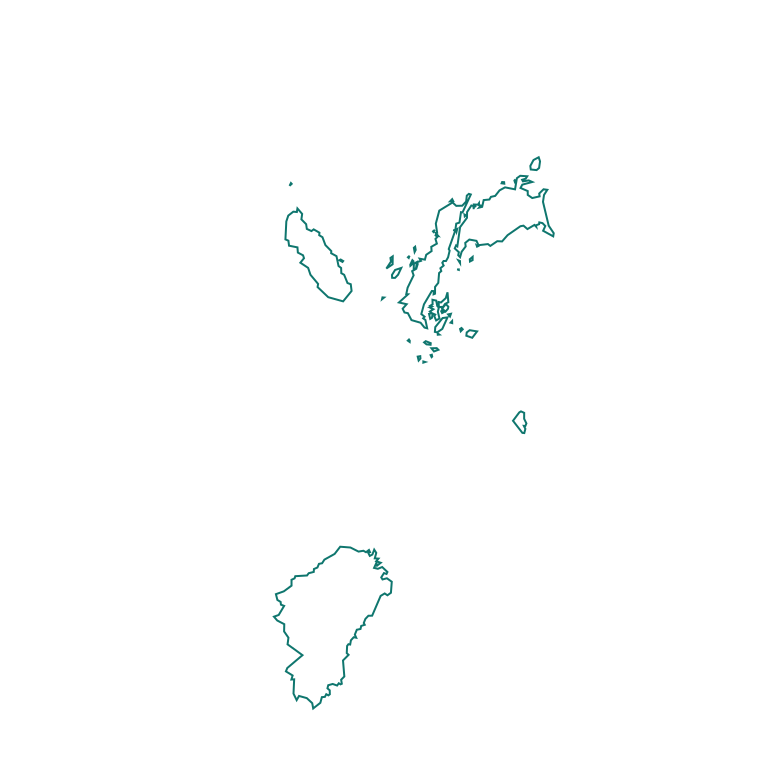 outline of Nias Selatan, Sumatera Utara, Indonesia, rotated 233°
{"feature_id": "22746128B70987165350034", "entity_name": "Nias Selatan", "entity_type": "district", "adm_level": 2, "iso_a3": "IDN", "parent_name": "Indonesia", "parent_adm1": "Sumatera Utara", "projection": "albers", "projection_center": [98.287, 0.198], "detail": "fine", "context": "isolated", "style": "outline", "palette": "teal", "viewbox_px": 768, "rotation_deg": 233, "n_neighbors": 0, "source": "geoboundaries", "source_scale": "gbopen_adm2", "svg_char_len": 6182}
<svg xmlns="http://www.w3.org/2000/svg" viewBox="0 0 768 768"><g transform="rotate(233 384 384)"><path d="M191.2,125.4L184.1,124.0L186.0,128.4L179.6,133.3L172.3,134.6L167.5,132.2L167.7,141.3L171.3,145.9L169.7,148.5L171.0,151.2L168.8,152.2L168.8,154.0L172.0,156.3L175.0,155.7L177.0,158.2L175.3,162.5L171.4,165.1L172.2,167.8L170.3,168.5L170.0,169.9L173.6,171.8L174.3,176.3L187.9,184.9L189.0,192.7L191.5,192.3L197.0,196.9L197.6,199.0L196.3,200.2L199.2,203.3L200.0,207.4L198.1,209.1L201.4,209.9L204.1,214.4L202.5,217.8L204.5,220.2L203.3,223.7L205.3,224.0L207.6,227.8L208.3,232.1L206.1,235.1L216.8,253.8L216.3,258.5L213.2,259.6L213.1,263.9L221.4,271.2L227.1,269.4L228.8,265.2L231.2,265.4L233.0,270.2L230.8,271.7L231.8,273.6L238.9,272.4L240.1,267.9L243.1,265.4L245.7,270.2L243.1,269.2L243.2,273.8L247.1,271.1L247.9,274.5L250.3,271.7L253.8,276.2L257.6,276.5L254.8,272.1L255.3,269.2L259.2,269.9L258.2,271.6L260.5,272.1L260.5,268.4L263.2,267.2L265.5,262.8L273.6,258.8L280.4,251.1L278.0,242.3L279.6,230.7L278.1,226.7L279.5,223.8L277.5,220.4L278.4,216.7L276.2,214.8L278.2,210.0L277.4,207.3L283.9,197.5L282.6,195.6L283.3,192.3L278.6,188.8L278.7,179.2L281.2,171.2L275.7,168.9L272.2,170.3L269.8,168.9L266.9,170.7L262.9,160.9L264.4,156.1L259.4,156.4L252.2,159.8L246.5,155.3L238.9,155.0L234.1,150.3L216.5,155.7L215.4,135.9L213.5,132.7L206.2,135.6L203.7,132.2L202.2,134.5L191.2,125.4ZM444.2,523.1L442.2,520.8L439.5,521.1L442.9,525.6L444.7,532.0L447.8,533.8L448.0,539.1L442.7,544.0L438.0,543.0L433.2,551.2L430.3,552.0L429.9,560.4L426.8,564.1L428.5,572.3L427.9,587.9L426.5,590.7L421.4,591.8L420.5,599.9L418.0,600.2L419.3,600.8L418.3,604.0L419.6,605.3L417.1,607.4L413.1,607.9L410.6,603.3L400.1,608.0L402.3,610.3L411.3,610.8L433.8,620.6L438.7,625.6L440.8,631.3L443.5,628.6L442.7,622.6L440.2,621.2L443.3,614.3L448.5,612.6L451.6,614.9L458.4,611.0L460.0,614.4L456.1,624.0L459.5,622.1L462.2,616.9L464.0,617.2L462.7,620.7L463.7,623.4L468.3,618.1L468.4,614.0L460.6,605.8L468.2,599.0L469.1,592.8L467.3,586.0L469.1,582.0L467.9,579.2L470.9,574.3L466.4,569.0L467.6,566.2L468.2,568.8L469.6,567.5L471.3,568.7L470.7,566.9L473.3,563.8L472.0,562.9L470.8,564.7L471.1,561.9L469.6,560.9L472.5,562.5L474.0,561.2L471.3,553.8L466.8,550.3L463.5,539.2L449.8,525.4L451.3,525.0L449.7,522.1L444.2,523.1ZM432.9,444.2L428.8,443.4L426.2,445.7L418.5,444.4L410.9,450.1L404.7,450.3L402.5,452.0L410.2,455.6L412.9,454.8L413.3,456.9L417.4,455.9L423.6,463.9L429.5,478.2L428.2,479.7L425.8,477.6L425.4,479.1L430.8,483.2L432.1,488.2L439.5,494.8L439.7,497.7L442.5,498.7L442.7,502.9L445.7,503.5L446.4,505.6L444.9,507.5L446.6,511.4L451.0,516.7L452.8,516.9L463.4,532.9L465.3,532.1L463.9,533.5L468.6,538.2L467.5,541.4L474.9,548.9L473.8,550.0L483.1,567.4L484.8,566.2L484.6,563.5L480.3,559.4L479.3,553.8L482.8,548.9L487.7,548.0L489.2,532.5L480.9,521.9L472.9,517.5L473.7,516.2L469.9,516.4L472.5,514.5L469.3,515.1L468.9,512.4L464.3,510.7L465.1,504.3L461.5,502.0L461.8,495.5L458.7,491.5L462.6,487.9L460.1,487.6L461.4,483.9L459.5,483.1L456.6,479.1L457.2,474.4L453.0,473.1L446.7,460.8L442.4,455.9L441.2,457.2L440.1,445.0L434.1,450.1L432.9,444.2ZM501.4,389.3L486.9,391.7L474.6,401.1L477.8,414.1L483.7,417.5L486.6,415.6L495.2,417.9L498.2,416.6L502.5,419.6L505.6,418.7L514.7,423.0L520.2,420.5L521.9,421.9L530.2,420.8L538.3,423.2L541.8,421.8L543.7,423.5L549.8,420.9L549.8,418.1L554.3,415.7L558.5,418.0L565.2,417.1L569.1,421.0L576.3,420.5L573.8,417.9L576.2,415.3L576.1,408.9L572.6,403.8L558.8,392.3L556.0,393.9L551.6,391.4L545.2,397.1L540.8,394.3L535.5,396.8L532.6,395.8L531.2,390.2L522.4,393.3L515.5,391.0L503.6,391.6L501.4,389.3ZM277.0,464.9L261.7,465.1L260.4,466.5L263.1,469.9L266.4,470.5L265.4,471.6L266.8,474.0L271.9,475.0L276.6,478.6L279.7,476.9L279.9,474.9L277.0,464.9ZM408.2,460.1L408.0,462.1L411.0,465.3L408.6,466.7L408.0,465.0L403.4,463.9L402.9,467.7L409.3,470.5L412.0,473.7L414.3,473.5L419.2,475.9L422.1,473.4L418.4,470.8L418.7,468.1L417.1,468.9L417.8,466.5L414.0,468.4L414.3,464.3L411.7,464.9L412.9,462.2L408.2,460.1ZM467.0,630.3L463.0,634.6L463.2,637.9L467.9,642.6L472.0,644.0L472.9,638.2L470.1,632.1L467.0,630.3ZM401.4,470.5L398.6,459.2L395.0,456.0L393.2,457.6L392.9,463.7L399.0,474.8L401.4,470.5ZM416.6,477.0L412.4,474.1L410.0,477.7L411.2,480.8L410.6,484.6L419.0,489.9L415.4,485.0L414.8,478.6L416.6,477.0ZM370.0,490.0L375.4,484.8L375.4,481.1L373.0,478.8L367.8,482.3L370.0,490.0ZM468.4,461.5L466.3,456.0L463.9,454.4L462.1,456.7L462.8,461.0L466.3,467.6L468.4,461.5ZM409.3,475.8L404.8,476.7L405.6,480.4L407.0,481.9L410.6,481.5L409.3,475.8ZM474.8,455.4L474.4,462.9L480.7,467.8L480.8,465.0L477.6,463.3L474.8,455.4ZM384.0,443.4L379.9,443.5L378.6,448.0L380.9,447.7L384.0,443.4ZM461.6,483.6L462.1,480.3L457.7,476.7L457.3,479.4L461.6,483.6ZM388.5,445.9L393.1,443.1L393.1,441.1L390.1,441.8L387.3,444.8L388.5,445.9ZM384.4,429.7L385.6,427.4L381.9,425.8L382.4,428.4L384.4,429.7ZM432.2,531.3L432.0,527.6L430.1,526.4L429.6,529.3L432.2,531.3ZM382.1,479.6L382.2,477.9L379.9,477.0L380.3,479.8L382.1,479.6ZM401.0,477.1L398.2,477.3L399.8,479.7L401.0,477.1ZM465.8,481.2L463.4,476.7L462.5,476.2L462.8,479.7L464.3,481.4L465.8,481.2ZM474.9,491.5L474.8,489.8L471.0,487.9L472.0,490.0L474.9,491.5ZM506.8,425.4L509.5,424.3L509.7,422.9L506.5,424.3L506.8,425.4ZM490.6,549.7L490.1,546.8L488.4,549.3L490.6,549.7ZM472.9,601.4L474.2,599.9L473.5,598.7L471.6,600.6L472.9,601.4ZM391.6,475.1L393.3,476.3L392.9,474.1L391.6,475.1ZM405.7,473.1L405.4,475.0L408.1,474.7L407.7,473.5L405.7,473.1ZM404.5,430.7L404.3,429.1L402.1,429.8L403.0,430.6L404.5,430.7ZM453.0,436.1L454.1,434.9L452.9,433.5L453.0,436.1ZM469.4,551.1L470.9,550.3L469.3,549.4L469.4,551.1ZM378.6,439.8L379.0,438.6L376.8,438.2L376.9,439.0L378.6,439.8ZM390.2,457.9L392.0,457.3L391.0,456.6L390.2,457.9ZM436.5,518.7L438.0,517.8L434.8,517.5L436.5,518.7ZM476.5,517.3L476.4,515.0L475.7,515.0L476.5,517.3ZM376.8,430.1L378.3,429.0L377.4,428.3L376.8,430.1ZM463.7,535.7L463.8,534.4L462.1,533.7L463.7,535.7ZM600.5,430.6L599.5,428.6L599.2,428.7L599.4,430.7L600.5,430.6ZM466.6,610.1L466.9,611.5L468.1,611.2L468.0,610.6L466.6,610.1ZM471.0,481.5L470.8,479.4L469.8,479.6L471.0,481.5ZM430.5,512.7L431.5,511.4L430.1,512.4L430.5,512.7ZM437.5,541.9L438.9,541.4L437.7,541.0L437.5,541.9Z" fill="none" stroke="#0f766e" stroke-width="2"/></g></svg>